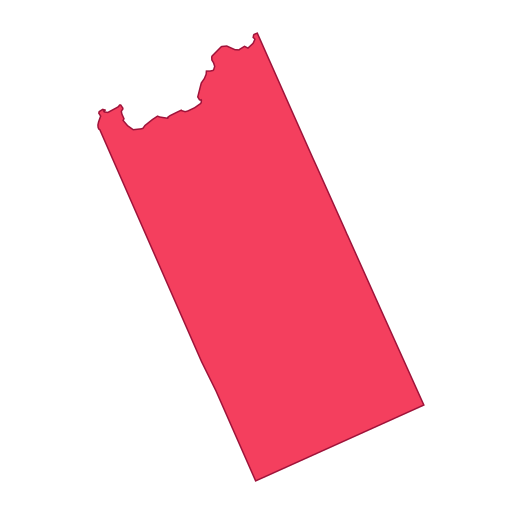 outline of Lyon, Iowa, United States of America, rotated 66°
{"feature_id": "52423323B71367497505693", "entity_name": "Lyon", "entity_type": "district", "adm_level": 2, "iso_a3": "USA", "parent_name": "United States of America", "parent_adm1": "Iowa", "projection": "orthographic", "projection_center": [-96.51, 43.379], "detail": "fine", "context": "isolated", "style": "filled", "palette": "rose", "viewbox_px": 512, "rotation_deg": 66, "n_neighbors": 0, "source": "geoboundaries", "source_scale": "gbopen_adm2", "svg_char_len": 1260}
<svg xmlns="http://www.w3.org/2000/svg" viewBox="0 0 512 512"><g transform="rotate(66 256 256)"><path d="M133.3,164.3L57.2,164.2L52.9,164.2L52.9,164.3L52.8,167.6L53.2,168.3L55.2,169.7L56.9,168.9L57.6,168.9L59.9,171.4L60.6,172.3L62.8,178.8L59.8,181.2L60.5,186.6L60.8,187.7L59.0,191.3L52.3,197.3L50.7,202.0L50.8,202.9L55.4,214.7L56.2,215.5L58.0,216.2L59.0,216.6L62.2,216.2L66.0,216.6L68.7,219.0L69.0,219.8L68.4,222.7L66.9,226.1L69.7,227.6L72.9,231.0L75.7,235.6L78.2,237.6L87.0,244.5L90.3,244.1L90.9,243.5L90.9,242.6L91.4,242.5L93.5,243.6L94.2,244.7L95.6,251.7L95.8,259.1L95.7,260.1L95.3,262.1L92.9,264.9L92.4,265.0L92.5,269.5L92.8,277.4L93.4,280.1L94.0,280.2L94.1,280.9L89.9,287.4L88.2,289.1L89.2,295.1L91.6,304.3L93.4,307.4L93.1,309.3L90.7,316.8L84.8,320.3L78.1,322.3L76.9,320.8L72.4,320.8L71.9,320.8L69.3,320.3L68.4,319.4L67.9,318.2L66.8,317.5L63.0,318.2L62.6,319.1L63.0,320.0L63.5,320.6L63.7,321.6L63.9,323.6L64.6,333.0L62.7,336.0L61.6,336.2L61.6,334.7L61.3,334.5L59.7,336.4L60.3,340.5L61.6,341.5L65.0,341.0L69.5,345.3L72.0,347.1L74.2,347.9L76.0,348.0L77.1,347.3L330.4,348.7L363.0,347.4L461.3,347.8L460.4,163.3L354.3,163.8L274.0,164.0L273.9,164.1L268.3,164.0L200.3,164.2L189.8,164.3L133.3,164.3Z" fill="#f43f5e" stroke="#9f1239" stroke-width="1.5"/></g></svg>